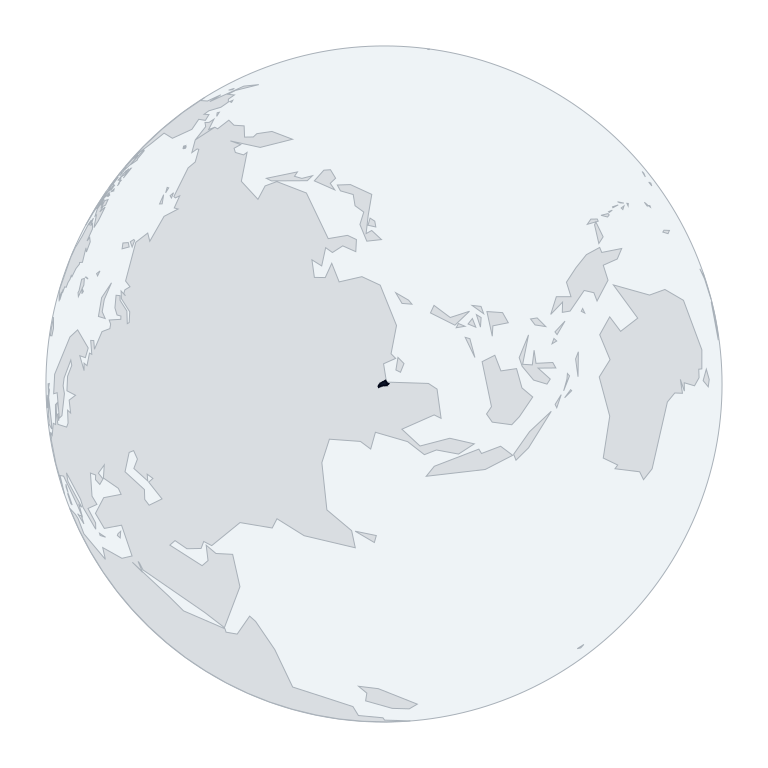 Thanh Hóa on an orthographic globe, rotated 300°
{"feature_id": "VNM-456", "entity_name": "Thanh Hóa", "entity_type": "Province", "adm_level": 1, "iso_a3": "VNM", "parent_name": "Vietnam", "parent_adm1": "", "projection": "orthographic", "projection_center": [105.367, 19.958], "detail": "fine", "context": "on_globe", "style": "filled", "palette": "ink", "viewbox_px": 768, "rotation_deg": 300, "n_neighbors": 0, "source": "natural_earth", "source_scale": "10m", "svg_char_len": 12285}
<svg xmlns="http://www.w3.org/2000/svg" viewBox="0 0 768 768"><g transform="rotate(300 384 384)"><circle cx="384" cy="384" r="338" fill="#eef3f6" stroke="#a8b0b8"/><path d="M697.1,501.3L696.5,503.4L696.3,503.8L697.1,501.3ZM542.7,85.6L537.7,83.3L540.8,89.6L552.9,98.1L541.5,92.0L571.9,113.7L580.7,125.9L563.9,108.5L556.9,104.1L559.5,109.9L552.9,106.8L550.3,108.2L542.2,104.4L533.0,95.7L527.6,93.3L529.8,97.7L523.0,97.5L520.6,91.2L508.5,90.3L491.0,77.9L491.3,68.1L474.8,61.7L457.1,54.1L452.0,53.2L442.9,51.3L468.8,56.9L494.1,64.5L518.8,74.1L542.7,85.6ZM435.8,50.1L432.3,49.5L435.8,50.1ZM425.2,48.6L424.5,48.5L426.8,48.9L424.4,48.8L418.9,48.3L417.3,47.8L419.8,48.0L416.5,47.6L425.2,48.6ZM406.4,46.8L406.0,46.8L405.0,46.7L406.4,46.8ZM696.7,255.9L696.6,255.7L696.4,255.1L696.7,255.9ZM696.4,255.2L696.7,256.0L696.4,255.2ZM696.8,256.4L696.5,255.4L696.6,255.8L696.8,256.4ZM696.3,256.0L696.1,255.7L695.5,254.1L696.3,256.0ZM563.0,105.5L560.8,102.5L565.2,106.6L563.0,105.5ZM551.4,109.2L554.1,111.2L551.7,111.2L551.4,109.2ZM537.0,105.5L532.1,105.3L535.5,103.9L537.0,105.5ZM528.3,104.3L516.7,104.9L521.8,109.1L501.0,98.5L517.7,100.9L521.0,98.2L523.1,101.7L528.3,104.3ZM429.9,49.4L427.2,48.9L434.6,50.0L429.9,49.4ZM435.2,50.2L461.3,55.5L462.5,56.6L453.6,54.2L459.3,56.8L447.1,54.6L441.2,52.7L442.8,52.3L436.9,51.9L435.2,50.2ZM491.3,93.0L487.1,92.3L489.8,91.5L491.3,93.0ZM424.0,48.9L429.1,49.5L430.6,50.4L420.5,49.3L423.3,49.3L424.0,48.9ZM466.8,58.8L466.1,59.7L456.0,58.0L454.4,58.3L446.9,54.7L466.8,58.8ZM420.2,48.8L415.4,48.8L409.7,48.1L419.0,48.4L420.2,48.8ZM435.2,51.3L435.4,51.8L432.0,51.0L435.2,51.3ZM386.8,46.5L393.0,46.6L394.2,47.0L386.8,46.5ZM414.0,48.9L416.0,49.2L417.2,49.5L412.9,49.5L414.0,48.9ZM440.3,54.1L436.3,53.4L442.9,55.4L435.6,54.8L431.9,52.7L430.5,53.3L428.2,53.2L427.7,51.8L440.3,54.1ZM412.3,50.6L405.1,48.6L393.4,47.9L392.0,47.4L411.0,48.7L412.3,50.6ZM421.4,51.3L415.4,50.6L416.6,50.0L421.5,50.1L421.4,51.3ZM432.0,55.3L444.1,56.7L444.5,57.2L432.0,55.3ZM408.6,50.4L410.4,50.9L407.7,50.4L408.6,50.4ZM424.5,53.7L428.8,54.0L429.1,54.6L424.5,53.7ZM410.5,52.0L408.2,51.2L411.4,51.1L410.5,52.0ZM416.7,52.9L416.2,53.5L414.0,51.5L418.6,52.9L416.7,52.9ZM424.2,54.2L425.7,54.6L422.3,54.0L424.2,54.2ZM399.7,53.4L396.1,50.9L403.2,50.4L405.7,52.8L399.7,53.4ZM119.2,174.1L116.8,181.9L114.5,186.4L104.2,199.0L92.8,230.4L101.7,222.2L102.0,244.2L109.1,251.8L130.5,227.3L119.1,214.0L127.7,198.8L145.4,198.1L157.0,211.5L160.8,206.1L162.3,188.0L174.1,182.2L164.0,181.2L161.3,188.1L154.9,188.1L156.9,182.0L161.0,179.8L160.1,174.3L140.9,187.2L136.2,195.6L128.2,189.9L119.5,203.7L114.1,207.0L126.7,185.0L132.4,178.9L148.3,153.4L141.6,159.0L126.2,183.9L126.9,180.3L117.7,189.7L125.3,179.7L144.0,152.6L142.8,149.2L128.8,162.5L154.7,135.8L151.3,139.4L159.1,132.6L174.3,119.4L170.5,123.3L175.7,119.3L173.8,122.3L184.6,117.2L184.7,119.9L201.8,109.8L204.2,110.3L193.4,115.8L186.0,121.8L188.0,130.7L192.1,130.0L203.1,123.1L202.2,127.1L212.6,119.4L220.0,122.5L219.6,112.8L232.5,106.1L244.0,104.3L248.1,100.8L229.4,103.9L222.0,107.0L215.8,112.1L195.6,120.9L192.1,119.9L213.0,105.3L210.4,102.8L227.8,93.9L267.7,88.5L277.7,91.6L267.3,109.8L257.5,112.2L256.4,106.4L245.6,117.6L252.1,113.8L251.4,117.6L263.5,113.5L263.6,116.1L275.1,108.2L276.5,110.9L269.3,115.9L288.4,113.6L294.9,118.9L299.2,117.3L302.0,114.0L308.4,123.7L311.3,122.2L310.3,118.3L315.4,112.9L326.9,107.6L328.5,111.2L324.5,113.6L318.7,124.8L307.9,131.5L309.8,132.6L319.4,127.7L326.6,113.9L333.1,109.8L331.1,116.0L332.3,113.4L336.0,112.5L341.2,115.4L344.0,108.7L382.7,98.2L396.6,103.9L390.5,109.8L419.2,109.7L432.6,118.2L431.6,114.3L444.8,113.0L440.8,110.2L441.3,108.3L473.2,106.3L481.9,109.5L494.6,106.3L494.1,104.6L488.3,101.9L501.0,98.5L521.8,109.1L521.8,112.3L534.9,117.7L533.1,124.7L537.6,133.8L528.1,139.8L532.6,147.3L537.2,148.7L546.7,160.7L550.2,182.4L527.0,158.5L517.7,129.4L519.7,140.2L513.2,136.3L510.2,139.5L512.2,147.8L516.1,149.6L488.2,159.1L480.9,182.5L496.1,182.0L505.7,190.0L510.6,221.3L482.0,263.0L494.5,278.1L495.3,287.9L484.5,293.4L483.0,279.2L472.1,273.6L472.9,265.3L455.1,271.0L455.5,259.5L441.5,270.4L446.8,279.9L462.4,278.4L450.0,294.1L465.9,311.2L467.7,331.3L440.9,365.6L413.7,375.0L412.0,381.3L401.3,373.5L386.9,385.2L406.7,422.2L406.1,432.5L382.8,450.6L382.3,442.9L353.8,422.1L348.3,446.2L369.9,468.1L377.3,492.1L360.6,483.6L353.1,462.4L343.0,454.3L345.9,433.3L337.9,400.7L321.0,405.0L322.5,392.3L308.9,364.3L284.8,369.5L246.4,397.5L240.8,429.3L227.8,441.0L212.7,390.7L213.8,358.7L203.4,359.2L192.0,328.6L157.9,315.6L157.5,306.6L150.1,307.8L142.8,295.7L143.9,281.3L137.4,279.1L135.7,317.3L143.1,319.9L155.5,310.6L153.2,323.2L160.8,338.1L136.4,360.6L93.2,367.6L96.5,343.0L102.5,268.2L106.5,262.0L106.9,261.2L107.4,259.7L100.2,269.1L103.8,255.2L92.5,304.2L87.3,323.8L92.5,368.7L90.1,371.3L94.0,381.9L115.8,383.7L114.2,391.5L99.4,422.2L75.9,456.4L83.4,491.4L89.1,518.4L84.1,527.6L94.4,550.0L93.2,552.6L99.6,564.4L104.2,573.3L105.5,575.3L92.7,555.2L81.3,534.2L71.4,512.4L63.2,490.1L56.5,467.1L51.4,443.8L48.0,420.2L46.3,396.3L46.3,372.5L47.9,348.6L51.3,325.0L56.3,301.7L62.9,278.7L71.1,256.3L80.9,234.5L92.2,213.5L105.0,193.3L119.2,174.1ZM161.6,241.2L173.5,249.2L181.4,229.3L186.7,231.1L187.5,224.0L181.9,227.9L185.8,209.6L195.7,208.0L201.1,200.5L197.3,197.5L178.5,203.6L172.8,229.3L164.4,234.5L161.6,241.2ZM206.1,97.7L201.1,101.2L195.3,104.6L195.2,103.8L203.6,98.6L206.1,97.7ZM195.4,105.8L216.2,93.0L217.1,93.9L213.0,95.4L211.6,97.2L204.7,100.3L185.2,114.7L178.9,118.8L182.1,113.5L184.5,112.5L189.3,108.7L195.4,105.8ZM267.6,67.5L276.6,64.3L267.0,69.9L259.7,72.3L259.0,71.0L267.3,67.4L267.6,67.5ZM391.7,46.2L392.6,46.2L411.5,47.2L411.7,47.6L406.8,47.6L402.3,47.4L403.6,47.1L396.6,47.1L395.1,46.5L389.6,46.5L372.3,46.3L391.7,46.2ZM337.5,49.3L337.3,49.4L343.8,48.5L345.5,48.5L339.6,49.2L349.7,48.2L349.6,48.5L360.6,48.7L375.3,48.1L379.7,48.6L373.9,49.1L382.4,49.4L374.4,50.8L377.3,51.4L372.4,54.0L359.4,55.3L363.7,55.9L360.2,58.5L349.5,60.3L352.9,57.8L338.6,62.0L337.0,59.6L335.5,60.3L330.1,59.5L320.8,60.1L321.6,58.9L317.7,59.7L314.0,59.6L308.8,60.4L308.5,58.9L302.2,60.0L305.6,58.8L294.8,61.2L302.7,58.9L298.7,59.1L293.1,61.3L303.0,55.9L337.5,49.3ZM397.9,54.0L382.7,55.0L374.4,54.6L386.5,50.5L384.9,49.8L392.3,48.2L404.3,49.1L401.0,49.4L400.7,49.9L397.1,49.4L399.7,50.3L395.3,50.9L396.2,51.9L391.0,51.8L397.9,54.0ZM118.5,183.5L117.9,185.7L118.6,187.7L112.8,194.1L118.5,183.5ZM130.8,164.9L131.2,165.4L123.3,174.5L123.9,172.6L130.8,164.9ZM138.2,158.6L131.9,164.8L135.7,160.3L138.2,158.6ZM194.5,116.3L195.8,117.0L193.3,118.8L189.5,120.7L194.5,116.3ZM306.9,75.6L310.2,73.3L312.2,73.3L323.5,69.8L325.6,71.7L319.6,74.6L306.9,75.6ZM124.8,229.6L118.8,232.5L119.5,228.8L121.4,228.5L124.8,229.6ZM112.5,212.2L112.1,219.5L110.9,213.9L112.5,212.2ZM311.1,77.1L315.5,75.3L313.8,77.4L311.1,77.1ZM327.8,73.1L326.9,75.3L327.2,71.6L327.8,73.1ZM251.4,683.7L258.4,687.3L253.8,686.3L251.4,683.7ZM117.3,531.4L123.4,572.9L115.3,568.3L107.2,553.3L100.4,526.5L107.7,523.7L109.5,513.1L117.3,531.4ZM462.4,547.3L472.4,548.5L472.0,549.9L462.4,547.3ZM451.9,542.4L463.4,542.8L449.8,545.5L451.9,542.4ZM467.9,543.0L479.7,540.0L484.8,537.6L483.8,540.6L467.9,543.0ZM444.0,542.5L401.0,541.1L384.0,536.4L388.0,531.4L415.6,533.9L444.0,542.5ZM386.6,531.1L360.6,514.4L325.2,466.7L337.9,468.7L375.0,498.7L372.6,503.2L388.4,516.1L386.6,531.1ZM449.6,505.4L447.1,519.3L423.4,517.6L412.6,515.0L405.1,496.8L409.3,487.8L418.1,488.4L452.4,457.8L464.3,465.6L453.8,478.7L463.6,491.1L449.6,505.4ZM242.1,432.6L248.9,453.1L241.9,454.9L242.1,432.6ZM466.2,435.7L452.4,449.5L465.0,431.0L466.2,435.7ZM473.6,418.2L474.5,425.3L468.8,418.4L473.6,418.2ZM411.7,391.1L402.4,392.4L402.1,387.3L414.0,382.8L411.7,391.1ZM468.9,348.5L468.9,363.3L467.1,368.3L462.8,359.3L468.9,348.5ZM335.4,97.4L317.3,99.5L305.7,103.8L301.3,109.8L299.7,102.9L317.6,96.3L335.4,97.4ZM376.7,97.4L380.4,93.1L384.0,95.1L383.7,96.3L376.7,97.4ZM375.3,94.8L370.1,89.6L375.6,87.4L378.6,91.8L375.3,94.8ZM339.9,81.5L334.4,81.9L335.9,79.9L339.9,81.5ZM618.4,626.6L619.1,626.6L609.5,635.6L597.5,645.7L589.1,651.6L618.4,626.6ZM543.7,666.2L546.5,658.7L558.0,655.7L550.5,663.4L543.7,666.2ZM626.5,618.7L635.2,609.2L641.7,599.9L636.9,607.5L639.9,604.7L620.9,624.9L626.5,618.7ZM510.1,638.4L444.6,658.6L430.9,656.6L435.8,649.3L426.1,626.4L430.7,626.9L429.5,610.9L469.0,595.6L497.7,566.9L518.1,567.6L534.5,546.2L555.0,545.9L547.9,562.6L567.9,570.8L584.5,533.1L593.8,569.5L606.3,580.0L606.2,601.5L572.5,642.2L556.0,651.7L554.2,649.2L547.0,653.7L537.7,653.8L535.2,643.4L528.0,647.7L536.2,638.3L525.2,647.1L521.6,640.3L510.1,638.4ZM655.0,549.5L657.2,549.6L659.7,554.4L656.2,554.8L655.0,549.5ZM691.2,512.3L691.4,514.6L689.4,516.9L691.2,512.3ZM696.3,503.8L694.0,506.8L697.1,501.3L696.3,503.8ZM670.6,523.3L671.4,525.1L670.3,526.4L670.6,523.3ZM669.7,522.9L671.6,518.6L670.9,522.4L669.7,522.9ZM660.2,506.4L661.9,504.0L662.5,505.3L660.2,506.4ZM487.3,548.4L501.5,537.4L509.1,536.2L487.3,548.4ZM658.3,502.8L654.5,503.6L655.0,501.4L658.3,502.8ZM658.9,497.9L658.6,495.1L660.6,501.3L658.9,497.9ZM651.7,493.3L656.2,497.3L651.1,494.1L651.7,493.3ZM648.7,494.8L645.2,493.3L645.5,492.3L648.7,494.8ZM606.8,506.8L620.2,522.1L608.9,523.5L596.5,514.5L585.9,526.1L562.4,527.0L568.0,520.1L565.1,510.6L540.2,508.7L535.2,502.6L544.2,497.7L527.6,493.6L545.8,489.6L553.1,502.3L563.4,491.1L580.7,492.1L597.2,494.6L610.1,502.5L606.8,506.8ZM545.6,518.5L548.7,518.3L545.8,522.4L545.6,518.5ZM638.6,487.6L643.6,492.8L643.0,494.5L640.4,494.1L638.6,487.6ZM613.1,499.8L627.1,486.8L630.3,486.4L621.0,500.2L613.1,499.8ZM623.9,480.2L630.2,480.7L633.5,486.2L632.1,488.1L623.9,480.2ZM508.4,508.4L507.6,512.1L502.8,509.4L508.4,508.4ZM514.6,506.0L529.0,509.3L513.3,509.2L514.6,506.0ZM470.4,494.2L474.7,502.9L488.3,497.1L477.9,505.3L487.0,519.4L483.8,524.8L474.8,509.5L471.4,525.5L465.4,525.2L462.2,511.6L468.4,494.8L474.4,487.9L498.8,484.6L470.4,494.2ZM514.6,495.4L510.7,485.3L513.6,478.4L517.8,483.6L514.6,495.4ZM499.2,461.0L488.8,449.2L479.5,453.9L498.2,436.9L505.1,451.0L499.2,461.0ZM490.1,434.9L481.5,439.1L490.3,429.3L490.1,434.9ZM479.1,435.1L478.0,426.8L484.9,427.8L479.1,435.1ZM494.7,435.2L496.1,421.0L499.7,429.2L494.7,435.2ZM474.7,408.1L489.8,421.7L470.4,416.0L468.8,388.7L477.1,388.0L474.7,408.1ZM515.9,298.4L513.5,290.8L520.7,289.0L520.4,294.6L515.9,298.4ZM542.1,278.6L521.9,286.1L505.3,293.3L510.8,296.6L507.8,309.6L499.1,297.7L510.1,283.4L522.8,280.5L523.9,269.8L532.7,262.6L529.5,249.7L533.0,244.1L539.9,255.2L542.1,278.6ZM527.5,244.3L525.1,222.1L539.1,225.0L542.8,230.5L538.0,239.2L530.9,237.1L527.5,244.3ZM528.6,217.9L521.7,215.9L503.6,184.9L503.3,179.3L524.4,203.0L519.1,202.6L521.0,210.1L528.6,217.9ZM488.9,94.2L487.3,92.5L491.0,94.0L488.9,94.2ZM438.8,106.9L440.1,104.6L444.4,106.1L438.8,106.9ZM446.2,99.5L440.4,99.3L445.9,97.9L446.2,99.5ZM427.7,99.6L437.8,98.5L429.1,101.8L427.7,99.6Z" fill="#d9dde1" stroke="#a8b0b8" stroke-width="1"/><path d="M379.2,380.7L379.3,380.7L379.8,380.1L380.0,380.0L380.3,380.1L380.5,380.3L380.8,380.3L381.1,380.1L381.3,380.1L381.5,380.2L381.6,380.3L382.3,380.4L382.5,380.4L382.8,380.3L383.1,380.6L383.7,381.1L384.5,381.5L384.8,381.6L385.0,381.6L386.1,382.6L386.5,382.8L386.7,383.0L387.1,383.0L387.3,383.2L387.4,383.3L387.5,383.3L387.8,383.4L387.9,383.5L387.7,383.7L387.7,383.8L387.3,384.1L387.2,384.3L387.3,384.4L387.3,384.5L387.2,384.6L387.1,384.9L387.1,385.0L387.1,384.9L386.9,385.0L387.0,385.1L387.0,385.3L386.9,385.4L386.7,385.5L386.6,385.8L386.5,386.0L386.4,386.0L386.5,386.1L386.5,386.3L386.5,386.5L386.5,386.9L386.5,387.2L386.4,387.1L386.3,387.3L386.3,387.2L386.3,387.3L386.4,387.6L386.5,387.8L386.4,387.8L386.5,387.9L386.5,388.0L386.4,388.0L386.2,387.9L385.9,387.9L385.5,387.5L385.4,387.4L385.2,387.4L385.0,387.1L384.9,387.0L384.8,386.9L384.7,386.9L384.4,386.9L384.2,386.8L384.0,386.6L383.9,386.5L383.9,386.4L383.7,386.4L383.7,386.5L383.5,386.2L383.4,386.0L383.3,385.9L383.0,385.6L382.9,385.4L382.8,385.2L382.7,385.0L382.7,384.9L382.8,384.7L383.0,384.5L383.0,384.4L382.9,384.3L382.5,384.2L382.3,384.1L382.0,383.9L381.8,383.8L381.7,383.8L381.7,383.7L381.7,383.4L381.8,383.3L381.7,383.2L381.4,383.0L381.4,382.8L381.5,382.8L381.5,382.7L381.0,382.4L380.7,382.5L380.3,382.6L380.1,382.5L380.1,382.4L380.1,382.2L380.3,381.9L380.2,381.9L380.2,381.7L379.9,381.6L379.7,381.3L378.8,381.3L378.6,381.3L378.4,381.1L378.5,381.0L378.8,380.8L378.9,380.6L379.0,380.7L379.2,380.7Z" fill="#0f172a" stroke="#020617" stroke-width="1.5"/></g></svg>